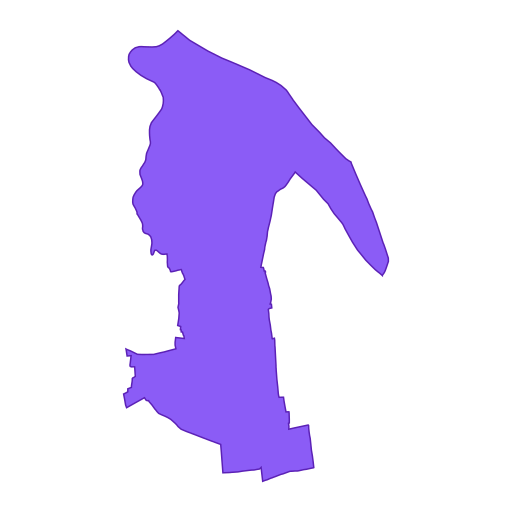 Tra Vinh, Trà Vinh, Vietnam
{"feature_id": "81297802B52504001228047", "entity_name": "Tra Vinh", "entity_type": "district", "adm_level": 2, "iso_a3": "VNM", "parent_name": "Vietnam", "parent_adm1": "Trà Vinh", "projection": "natural_earth1", "projection_center": [106.333, 9.952], "detail": "fine", "context": "isolated", "style": "filled", "palette": "violet", "viewbox_px": 512, "rotation_deg": 0, "n_neighbors": 0, "source": "geoboundaries", "source_scale": "gbopen_adm2", "svg_char_len": 5745}
<svg xmlns="http://www.w3.org/2000/svg" viewBox="0 0 512 512"><path d="M137.0,213.9L137.6,214.6L138.7,216.5L140.8,220.0L141.5,221.4L142.2,222.8L142.6,224.4L142.7,226.4L142.5,228.1L142.5,229.1L142.9,230.3L143.1,231.3L144.1,232.6L145.2,233.3L146.5,233.7L147.7,234.0L148.4,234.4L149.6,235.4L150.7,236.7L151.2,238.1L151.7,239.8L151.9,242.3L151.9,243.6L151.6,245.5L151.4,246.7L150.9,249.6L150.9,251.2L151.0,252.3L151.2,253.8L151.7,254.7L152.1,254.9L152.4,254.9L153.0,254.4L153.4,253.8L153.6,253.2L154.0,252.2L154.4,251.1L154.8,250.3L155.2,250.2L156.3,250.2L157.3,250.8L158.7,252.1L160.0,253.2L160.9,253.8L161.7,254.1L162.4,254.2L163.0,254.3L164.2,254.3L165.3,254.1L166.6,254.1L166.9,254.0L167.3,255.9L167.4,259.7L167.3,262.2L167.6,266.2L167.8,266.9L168.4,267.6L169.1,268.0L169.6,268.8L170.3,270.3L170.6,271.6L171.0,271.8L172.5,271.6L176.0,270.8L177.9,270.2L180.1,269.8L181.1,269.5L181.5,270.0L181.8,271.3L182.4,273.0L183.1,274.2L183.7,275.5L184.1,276.7L184.5,278.0L185.0,279.4L183.9,280.6L182.4,282.6L180.9,284.4L179.5,285.5L179.2,286.5L178.7,294.7L178.7,302.3L178.8,303.5L178.0,307.3L178.9,311.2L179.2,313.0L178.8,318.4L177.7,325.5L180.7,326.5L180.4,329.7L181.2,330.0L181.2,331.9L182.5,332.1L183.4,335.3L183.9,335.9L184.3,338.5L182.4,338.3L175.7,337.5L175.1,342.2L175.1,345.1L175.9,348.8L166.8,351.2L164.4,351.9L161.1,352.6L156.8,353.6L153.7,354.4L143.6,354.5L141.9,354.5L137.4,354.3L130.5,350.9L127.2,349.6L126.0,349.0L126.3,350.7L127.1,356.0L131.1,355.7L130.3,362.5L130.1,364.0L130.0,364.6L130.0,365.5L130.0,365.9L130.2,366.3L130.4,366.5L130.5,366.5L131.3,366.8L131.8,366.9L132.8,366.8L134.0,366.8L134.6,366.8L134.8,368.7L135.1,373.3L135.3,376.4L133.9,377.4L132.8,377.9L132.3,378.5L132.2,380.9L132.0,382.4L131.5,385.5L131.4,387.4L130.6,387.7L127.8,388.8L127.8,391.8L125.7,393.0L123.6,394.0L124.4,398.1L124.7,399.7L125.6,405.0L126.6,407.7L136.0,402.4L144.5,397.7L145.9,400.0L146.7,400.5L147.6,400.7L148.1,400.7L148.6,400.6L149.0,401.5L152.0,405.0L155.1,409.3L155.4,409.5L157.0,411.6L158.7,413.4L160.6,414.3L161.2,414.6L165.0,416.2L167.9,417.6L170.7,419.3L175.0,423.1L176.6,424.7L178.1,426.6L181.1,429.2L186.5,431.5L195.0,434.7L203.5,438.0L210.6,440.7L218.7,443.7L219.6,444.0L220.7,444.4L221.3,451.6L222.6,468.8L222.9,472.8L230.3,472.5L230.5,472.4L238.0,471.9L241.5,471.3L241.9,471.2L245.3,470.8L249.5,470.3L251.3,470.1L254.0,470.0L257.0,469.4L259.5,469.0L261.1,467.4L262.7,481.3L265.3,480.3L267.1,479.8L270.5,478.3L272.7,477.6L273.0,477.4L275.0,476.7L281.1,474.3L281.6,474.2L282.9,473.9L289.7,471.4L290.0,471.3L292.4,471.2L294.9,471.0L297.3,471.0L298.6,470.8L303.9,469.6L306.3,469.3L311.3,468.2L313.4,467.8L313.8,467.6L313.2,462.2L312.4,456.0L311.4,450.1L310.8,444.2L310.2,438.4L309.6,435.5L309.1,432.0L308.7,428.3L308.6,425.5L308.2,425.0L304.9,425.7L294.5,427.9L292.3,428.4L288.8,429.2L288.9,426.3L288.5,423.3L289.3,423.0L289.3,419.4L289.1,413.0L288.9,411.8L286.0,411.9L285.1,407.2L284.0,400.9L283.5,397.2L279.1,397.3L278.7,396.0L278.3,393.6L277.7,386.7L276.9,379.6L276.4,372.9L276.2,370.4L276.1,368.2L276.0,367.3L276.0,365.6L275.0,346.7L274.9,346.6L274.7,340.1L274.4,338.2L272.4,338.8L272.2,338.7L271.5,333.2L270.9,330.2L270.3,325.2L269.3,319.8L269.0,317.2L268.8,313.4L268.3,309.4L268.9,308.8L270.0,308.3L271.1,308.1L271.8,307.9L271.7,307.0L271.4,304.2L270.1,304.0L270.7,302.4L271.3,299.1L271.1,296.1L270.6,293.9L269.7,288.9L268.6,285.5L268.1,283.2L266.6,278.2L265.3,273.4L265.1,272.7L265.5,272.3L265.5,271.7L265.3,271.2L265.0,270.9L264.3,271.1L264.1,270.4L263.6,268.3L263.3,267.5L261.3,267.4L260.8,267.3L262.1,261.0L262.4,259.5L263.6,253.6L264.6,249.5L264.8,247.1L265.9,242.0L266.4,240.5L267.1,236.2L267.3,234.0L267.5,231.6L268.1,229.1L268.4,227.6L269.4,223.7L270.0,221.3L271.3,215.4L272.1,210.2L272.3,208.8L273.1,203.8L273.3,202.8L274.2,197.1L275.4,193.7L276.8,191.8L278.1,191.0L280.2,189.4L283.1,188.0L284.9,186.6L286.2,185.0L288.3,182.0L290.2,178.9L294.4,173.3L295.2,172.0L302.1,178.3L309.1,184.2L316.2,190.2L323.6,199.3L328.1,203.8L330.9,208.8L334.2,213.7L337.0,217.0L341.6,222.5L342.9,224.3L343.9,226.3L345.1,228.9L349.4,236.7L352.5,242.2L357.5,250.0L361.7,255.1L365.7,260.1L370.7,265.2L375.2,269.6L377.6,271.6L379.7,273.2L382.3,275.5L382.3,275.4L384.2,272.7L385.2,270.7L386.4,267.4L388.4,261.4L388.3,258.0L387.4,255.3L385.5,249.3L383.7,244.2L383.2,243.2L376.5,222.7L374.5,217.5L372.6,211.9L371.2,209.2L368.7,203.6L366.9,198.8L365.5,196.0L360.4,184.7L355.5,173.4L351.3,163.3L351.0,162.0L348.7,160.7L345.8,158.7L339.4,152.3L335.8,148.6L330.5,142.9L324.4,137.8L319.7,132.5L311.9,124.6L298.6,107.4L292.7,99.5L292.6,99.2L289.0,94.0L287.7,92.0L286.9,90.9L286.1,89.9L281.0,85.5L276.3,82.5L272.1,80.4L265.2,77.6L249.6,69.8L230.2,61.5L229.8,61.4L229.7,61.3L221.9,58.1L208.0,51.1L189.7,40.3L177.9,30.7L174.3,34.3L170.2,37.9L166.3,41.1L162.4,44.1L159.2,45.8L156.4,46.7L152.1,47.0L144.5,46.8L141.4,46.6L139.1,46.7L135.2,47.8L132.2,50.0L130.5,52.0L129.1,54.3L128.6,56.6L128.5,59.8L129.0,62.4L130.8,66.1L132.7,68.5L136.2,71.8L141.0,75.4L146.6,78.7L150.9,80.7L153.9,82.1L155.1,83.0L156.7,85.0L158.7,87.9L159.8,89.9L160.1,89.9L161.5,93.0L162.4,95.3L163.2,97.2L163.3,98.8L163.4,100.7L163.2,103.5L162.5,106.6L161.7,108.9L160.4,110.8L157.1,115.3L152.9,120.7L151.4,122.7L150.0,126.4L149.5,129.8L149.5,133.0L149.6,135.6L150.0,139.6L150.4,141.7L150.4,143.6L149.9,145.4L149.1,147.3L148.0,150.0L147.2,151.8L146.6,153.3L146.1,156.2L145.8,159.6L145.3,161.1L144.7,162.5L143.6,164.1L142.4,166.1L141.3,167.5L140.2,169.6L139.9,170.7L139.9,171.9L140.0,174.4L140.9,176.8L141.7,178.8L142.5,181.2L142.7,182.5L142.8,184.1L142.3,185.5L140.7,187.3L138.9,188.9L137.0,190.6L135.8,192.1L134.1,194.9L133.1,197.2L132.8,199.3L132.7,202.1L133.0,204.1L134.1,206.2L135.2,208.0L136.3,210.4L136.9,211.8L137.1,213.1L137.0,213.9Z" fill="#8b5cf6" stroke="#5b21b6" stroke-width="1.5"/></svg>